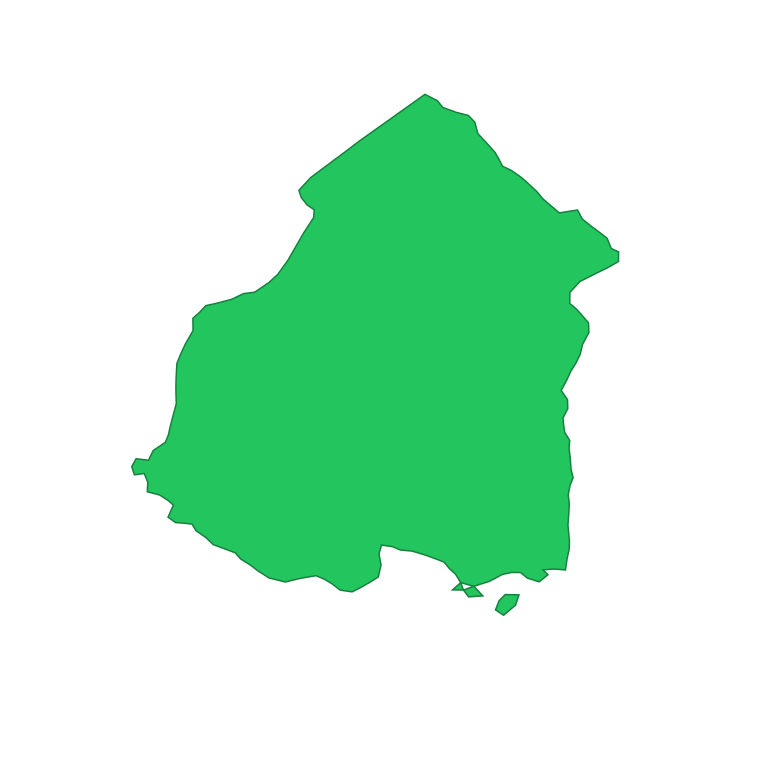 São Gonçalo, Rio de Janeiro, Brazil, rotated 250°
{"feature_id": "56859067B71133988881578", "entity_name": "São Gonçalo", "entity_type": "district", "adm_level": 2, "iso_a3": "BRA", "parent_name": "Brazil", "parent_adm1": "Rio de Janeiro", "projection": "equal_earth", "projection_center": [-43.016, -22.822], "detail": "fine", "context": "isolated", "style": "filled", "palette": "green", "viewbox_px": 768, "rotation_deg": 250, "n_neighbors": 0, "source": "geoboundaries", "source_scale": "gbopen_adm2", "svg_char_len": 2178}
<svg xmlns="http://www.w3.org/2000/svg" viewBox="0 0 768 768"><g transform="rotate(250 384 384)"><path d="M310.5,157.1L300.5,164.2L291.6,168.5L276.3,186.4L268.4,189.6L259.6,196.5L251.4,201.7L241.0,209.7L231.7,223.5L229.9,239.5L227.1,254.6L220.7,261.5L213.6,267.1L205.3,272.3L199.6,282.9L200.7,292.5L202.5,302.9L204.6,312.6L214.9,319.3L226.0,321.2L233.5,326.6L228.2,336.4L222.4,342.6L217.4,353.2L208.5,365.1L202.8,371.8L196.1,379.5L188.2,382.3L180.7,386.2L171.1,388.2L163.2,399.2L162.5,415.8L164.6,430.3L163.2,439.7L160.1,447.9L152.6,452.3L145.0,462.2L148.6,472.8L155.0,469.9L151.8,481.0L147.2,490.9L157.2,496.3L165.4,501.5L172.2,504.3L180.0,506.4L188.5,508.6L199.2,513.4L208.2,517.2L216.8,519.2L225.0,524.1L231.3,529.7L239.9,530.6L250.3,533.6L260.6,536.0L267.4,539.2L276.7,537.3L284.1,538.8L290.9,540.6L298.0,548.3L306.6,551.1L317.3,548.3L325.9,557.8L332.3,564.1L337.7,571.2L344.8,578.5L353.4,584.2L362.2,594.1L371.5,597.1L380.5,593.7L388.7,590.4L396.2,586.1L406.5,590.0L413.3,603.2L415.4,620.6L416.8,634.0L418.9,646.3L427.9,649.6L433.6,643.9L444.6,643.5L452.5,638.6L461.0,632.9L471.4,626.7L481.3,625.4L484.9,607.2L503.5,596.7L513.1,593.2L520.3,589.5L527.0,586.1L533.4,582.2L541.3,576.6L548.0,569.9L556.6,568.8L563.8,567.5L574.5,563.2L587.3,557.8L599.0,558.9L607.6,555.0L614.7,544.6L623.7,533.9L631.9,531.1L642.2,521.5L629.4,475.3L621.2,445.4L614.4,423.5L611.5,413.6L603.1,385.8L595.1,370.3L587.4,370.0L578.5,373.0L571.6,378.0L564.4,374.8L553.7,360.5L540.7,345.0L533.4,336.4L523.4,321.7L518.8,310.7L514.5,293.9L517.0,282.9L515.7,269.5L517.2,253.7L518.6,243.3L514.6,235.6L511.1,226.9L499.5,222.8L489.7,211.2L481.5,203.0L474.0,196.3L460.3,190.5L452.1,187.3L443.7,184.4L436.6,182.1L425.5,174.3L416.4,168.1L410.2,164.2L404.0,158.6L400.4,144.3L392.9,136.6L398.6,125.5L392.6,118.7L384.0,118.4L381.9,128.1L372.4,128.4L363.7,124.7L356.5,135.1L349.0,140.9L342.3,144.7L332.7,135.5L325.1,140.7L321.6,148.4L318.0,155.7L310.5,157.1ZM144.7,425.9L141.1,418.2L133.6,411.5L125.8,417.3L131.2,432.0L139.7,438.7L144.7,425.9ZM163.2,399.2L163.2,388.2L155.0,390.7L151.1,404.4L163.2,399.2ZM171.1,388.2L167.1,378.0L163.2,388.2L171.1,388.2Z" fill="#22c55e" stroke="#15803d" stroke-width="1.5"/></g></svg>